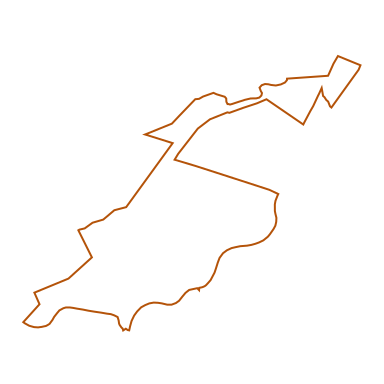 the district of Marchand, Castries, Saint Lucia, rotated 94°
{"feature_id": "8701671B76853731017795", "entity_name": "Marchand", "entity_type": "district", "adm_level": 2, "iso_a3": "LCA", "parent_name": "Saint Lucia", "parent_adm1": "Castries", "projection": "equal_earth", "projection_center": [-60.985, 14.004], "detail": "fine", "context": "isolated", "style": "outline", "palette": "amber", "viewbox_px": 384, "rotation_deg": 94, "n_neighbors": 0, "source": "geoboundaries", "source_scale": "gbopen_adm2", "svg_char_len": 2255}
<svg xmlns="http://www.w3.org/2000/svg" viewBox="0 0 384 384"><g transform="rotate(94 192 192)"><path d="M46.2,55.9L54.1,59.8L67.2,64.6L66.6,64.6L72.3,105.1L73.8,105.1L76.3,106.9L78.5,110.9L79.9,115.8L79.7,120.6L79.2,123.4L79.2,126.7L80.6,129.9L83.2,131.9L86.5,130.4L88.4,129.1L90.9,129.5L93.1,131.4L94.1,134.4L94.6,140.0L96.4,145.8L97.1,147.4L98.6,151.3L100.4,155.7L101.4,158.1L102.1,160.2L101.7,161.8L101.8,162.7L99.6,164.0L96.3,164.4L94.7,166.0L92.8,174.3L91.6,177.5L96.0,187.6L98.6,191.5L99.2,195.2L117.0,210.1L125.2,216.8L137.9,242.8L144.6,214.7L211.7,256.6L215.6,268.2L225.7,278.6L229.6,289.1L235.8,296.5L237.4,301.7L238.1,302.7L264.2,287.3L287.0,309.2L303.4,342.2L314.6,336.3L333.6,351.2L334.6,349.7L336.2,346.3L336.8,345.0L337.8,340.1L337.8,336.1L337.4,334.3L337.1,332.7L336.2,329.7L335.9,328.5L334.8,326.7L333.5,324.9L331.9,323.9L329.4,322.3L326.2,320.8L322.2,318.1L320.3,316.7L319.4,316.1L316.9,312.2L316.0,309.8L315.7,305.8L315.9,302.7L316.4,298.3L316.9,292.6L317.6,287.3L317.8,285.2L318.2,280.8L318.7,274.1L319.3,268.3L319.5,264.5L320.2,261.9L320.5,260.9L321.9,257.5L325.3,256.2L328.2,255.6L329.3,255.1L329.8,254.8L331.1,253.7L331.9,253.1L332.6,252.3L333.0,251.7L334.9,251.0L333.0,248.5L334.2,246.5L334.4,245.0L330.3,244.4L324.9,243.3L319.3,241.1L315.0,238.4L310.6,234.7L308.1,230.8L306.1,226.8L305.0,222.5L304.9,218.3L305.2,214.4L306.1,209.0L305.8,204.5L303.9,200.3L301.4,197.3L297.0,194.3L293.0,191.4L289.9,188.0L288.5,183.2L287.6,180.1L289.4,178.1L287.1,178.1L286.4,175.5L285.8,174.1L285.0,172.7L284.0,171.5L281.9,169.8L278.6,167.3L270.9,163.9L266.7,162.8L260.4,161.3L255.8,159.9L250.9,156.8L247.7,153.1L245.2,148.6L244.0,144.7L242.7,140.1L241.7,133.4L240.6,129.0L239.2,125.1L237.7,121.7L235.3,117.5L231.3,113.2L228.8,111.4L223.3,108.1L219.8,106.5L215.9,105.9L211.9,106.0L207.8,107.3L205.2,108.0L202.4,108.2L198.6,108.5L194.9,108.1L189.8,106.5L188.0,105.8L184.4,115.1L175.8,149.7L165.7,190.6L161.0,211.6L154.8,208.4L128.3,190.6L118.2,179.1L110.1,162.3L110.4,160.2L104.4,146.6L99.0,133.4L94.3,124.2L116.9,85.7L114.7,84.8L103.0,79.6L97.9,77.1L87.2,73.0L85.1,72.1L79.2,69.9L87.1,67.9L88.1,66.5L90.8,64.5L92.3,62.5L96.9,60.3L98.0,58.8L65.8,38.9L58.4,34.3L53.8,32.8L50.4,43.2L46.2,55.9Z" fill="none" stroke="#b45309" stroke-width="2"/></g></svg>